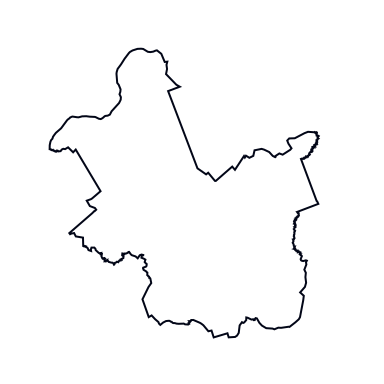 outline of Pampāļu pag., Saldus, Latvia, rotated 81°
{"feature_id": "27541924B77529018431464", "entity_name": "Pampāļu pag.", "entity_type": "district", "adm_level": 2, "iso_a3": "LVA", "parent_name": "Latvia", "parent_adm1": "Saldus", "projection": "mercator", "projection_center": [22.17, 56.561], "detail": "fine", "context": "isolated", "style": "outline", "palette": "ink", "viewbox_px": 384, "rotation_deg": 81, "n_neighbors": 0, "source": "geoboundaries", "source_scale": "gbopen_adm2", "svg_char_len": 5914}
<svg xmlns="http://www.w3.org/2000/svg" viewBox="0 0 384 384"><g transform="rotate(81 192 192)"><path d="M308.8,254.3L307.6,251.2L311.9,248.3L315.2,245.5L316.8,245.2L318.3,244.1L316.4,240.9L315.4,237.8L315.6,234.8L315.9,234.1L316.8,233.2L317.0,232.4L318.1,231.7L318.5,231.0L318.8,229.5L319.6,227.8L320.1,225.8L320.7,220.7L321.6,219.6L322.3,216.5L321.8,215.4L320.9,215.9L320.2,214.6L319.1,215.1L319.3,213.4L318.3,212.8L318.6,210.7L322.4,204.7L323.5,203.4L325.4,201.6L332.1,197.6L331.9,194.4L339.0,193.3L337.1,179.1L341.3,178.5L341.9,172.1L341.7,171.7L340.9,170.0L338.5,167.9L331.2,165.8L328.4,163.0L329.3,162.0L329.3,161.5L328.8,160.6L327.0,158.5L324.4,158.0L324.9,156.7L327.0,153.7L327.4,152.8L327.2,151.6L327.4,151.1L328.2,151.0L328.3,150.1L327.0,149.5L326.5,148.9L327.0,147.7L331.8,145.9L334.9,143.8L338.1,140.0L339.5,133.8L340.5,132.1L339.5,128.0L340.1,125.2L340.2,117.6L340.5,116.8L336.9,110.3L334.4,106.4L332.5,104.9L316.4,99.1L312.0,97.8L308.1,100.9L303.4,95.3L299.5,93.5L293.8,93.3L289.6,92.2L286.3,93.2L281.5,90.4L279.3,90.4L277.8,89.3L277.3,90.2L277.6,93.0L276.9,94.6L276.4,95.0L275.3,95.2L272.5,93.5L271.4,94.1L271.4,94.5L270.3,95.4L269.9,95.1L270.0,94.7L269.4,94.7L269.3,94.3L268.7,94.9L268.4,94.7L268.3,95.0L268.5,95.2L268.4,95.5L267.6,95.7L267.9,96.7L267.2,96.5L266.7,97.1L266.4,96.9L266.2,97.7L266.6,98.2L265.7,98.6L265.7,98.9L265.2,99.3L264.6,99.3L264.3,99.9L264.2,99.4L263.5,99.8L263.1,99.4L263.2,99.2L262.6,99.4L262.0,99.0L262.0,99.6L261.5,99.5L261.0,99.9L259.6,99.8L257.9,100.5L256.9,99.6L256.0,99.7L255.2,99.1L254.6,99.5L254.5,98.7L253.9,98.2L253.7,98.5L252.7,98.0L251.5,98.4L251.1,98.0L250.2,98.0L249.6,97.4L247.7,97.3L247.5,96.9L246.5,96.3L246.1,96.8L245.5,96.7L244.6,97.2L244.4,96.8L243.3,96.4L243.1,95.8L242.6,96.2L242.5,95.5L242.1,95.5L242.3,95.2L241.5,94.9L241.0,95.2L240.3,94.8L239.5,95.1L239.6,95.7L239.3,96.2L238.4,95.3L238.0,95.6L237.8,95.4L237.4,95.6L236.9,94.9L236.6,95.6L236.3,95.4L236.2,94.5L235.4,94.6L235.5,93.7L234.8,93.8L235.0,93.4L235.3,93.5L235.2,93.2L234.5,93.1L233.8,92.5L233.5,93.0L233.3,92.8L233.4,92.5L233.0,92.1L233.4,91.7L233.1,91.2L232.6,91.3L232.6,91.0L232.1,90.8L232.0,90.1L230.6,90.1L229.9,90.5L229.6,90.1L228.9,90.9L228.6,90.6L228.1,91.1L223.5,69.1L220.9,69.8L220.4,70.3L176.4,79.2L176.3,78.7L176.9,78.7L176.1,76.5L176.7,76.4L176.7,75.8L176.3,75.4L176.0,75.9L175.6,75.8L175.5,74.9L175.7,74.6L175.2,74.2L175.5,73.7L174.8,73.6L175.1,73.1L174.9,72.8L175.4,72.1L175.0,71.8L174.5,72.3L174.3,72.0L174.4,71.5L173.6,70.6L173.8,70.2L173.5,69.8L172.7,70.4L172.0,70.1L170.0,67.6L170.2,67.4L171.2,67.9L171.0,67.0L170.5,66.6L169.9,66.6L168.9,67.6L168.5,67.4L168.3,66.1L167.7,65.4L166.8,65.7L167.0,66.2L166.3,66.1L166.2,64.7L166.8,64.0L166.1,63.9L166.3,63.2L164.9,63.5L165.2,64.0L164.7,64.0L164.5,63.4L164.6,61.9L163.8,62.0L164.0,61.0L162.9,61.1L162.6,61.4L162.8,61.7L162.2,61.5L162.1,60.5L161.3,60.5L160.9,60.9L160.3,61.0L160.0,60.0L159.6,60.0L159.1,58.9L158.6,59.5L158.0,59.5L156.6,58.1L156.1,58.7L156.6,59.3L155.9,59.6L155.8,60.1L154.0,60.2L153.9,59.6L152.8,59.3L152.3,59.9L152.5,60.5L152.1,61.2L152.6,61.4L152.1,62.0L150.7,68.0L151.5,71.7L155.0,82.1L154.3,87.6L156.1,89.9L159.3,89.2L164.4,86.9L165.7,88.4L169.3,96.6L167.6,99.7L169.5,103.9L170.3,103.9L170.6,104.4L169.0,106.6L164.6,109.5L161.4,114.2L160.3,116.5L160.6,123.7L165.9,125.8L167.2,130.0L164.6,133.0L166.2,134.4L164.6,135.0L176.8,146.1L173.2,148.3L184.8,166.8L184.6,167.6L175.5,173.0L176.8,175.3L169.5,182.9L88.6,199.8L86.1,187.6L83.6,190.7L71.5,199.2L66.6,197.4L62.4,197.3L59.4,196.0L59.3,198.6L50.7,200.7L46.6,204.5L46.7,206.0L47.3,208.3L47.3,211.3L46.6,213.7L43.1,217.8L42.5,219.9L42.1,223.5L42.9,228.6L44.0,231.4L44.8,232.5L49.8,237.7L54.9,242.2L58.8,246.2L61.7,247.6L63.4,248.1L72.5,248.8L74.7,247.6L79.4,246.5L81.8,247.1L84.1,248.3L87.2,247.4L89.7,248.0L92.7,250.1L99.7,258.8L102.7,261.0L103.4,263.3L103.3,265.3L103.5,266.4L104.7,268.2L105.4,269.7L105.7,270.7L105.1,272.5L102.9,275.6L102.6,276.4L101.6,281.2L100.6,284.6L100.1,288.7L100.5,292.3L100.2,293.8L98.8,298.2L98.9,299.1L99.5,301.0L100.0,301.4L101.0,303.4L101.8,304.4L108.6,311.3L112.3,317.2L114.4,319.4L115.8,320.7L117.5,321.5L118.8,323.1L120.3,324.0L123.5,325.2L127.4,325.9L127.6,325.1L128.0,325.0L128.0,324.5L128.7,324.1L128.8,323.7L128.6,322.8L129.4,322.6L129.7,322.1L129.5,321.8L130.5,321.0L130.7,320.6L130.4,320.2L130.8,319.9L130.5,319.6L130.6,319.4L130.4,318.7L130.0,318.6L130.3,318.0L131.0,317.8L131.1,315.4L129.7,314.0L129.2,312.4L129.8,310.6L128.5,307.4L134.2,303.2L131.9,300.2L176.9,282.2L182.8,291.8L183.3,293.0L184.1,297.3L189.9,295.1L192.6,290.4L194.5,289.4L195.7,291.2L195.6,291.5L197.3,293.8L213.4,319.6L214.6,319.0L214.2,317.7L214.1,314.9L217.7,313.7L220.0,306.8L228.4,307.9L228.9,307.1L228.5,306.3L229.2,305.1L229.7,305.4L230.9,303.9L233.2,303.3L234.5,300.9L233.0,300.9L231.2,300.0L231.6,297.2L232.9,296.3L234.3,296.2L237.5,293.7L238.0,293.0L238.0,291.7L238.7,292.3L239.0,292.2L238.4,291.0L238.8,290.6L241.4,291.5L243.6,290.9L244.0,290.5L243.5,289.6L243.5,288.8L244.3,288.2L244.9,289.2L245.8,289.0L246.7,289.2L246.6,288.6L247.1,288.0L246.1,287.0L245.9,286.3L246.7,286.6L247.1,285.6L248.0,285.2L249.2,282.6L249.4,281.5L249.9,281.0L251.6,280.4L251.4,280.0L249.9,279.2L249.8,278.2L249.1,277.0L249.8,275.8L248.4,274.6L248.5,273.3L247.5,273.3L247.4,272.9L247.9,272.0L247.0,271.8L246.6,270.2L245.0,269.7L243.6,270.9L241.8,270.4L242.0,269.8L243.0,269.9L243.3,269.5L243.1,268.6L242.2,267.9L242.5,266.9L242.2,265.6L241.8,265.1L241.9,264.7L241.3,264.0L241.3,263.5L244.1,262.1L245.0,261.3L246.8,257.8L249.0,256.0L246.3,253.5L245.9,251.7L246.6,250.0L246.9,250.1L247.0,251.5L249.0,252.2L250.2,250.2L251.5,248.6L253.8,249.7L255.2,248.8L255.8,248.1L256.5,248.1L257.9,248.5L258.5,249.1L259.1,252.1L259.6,252.3L261.3,252.0L263.4,249.5L264.1,249.3L264.6,248.7L267.1,249.2L267.7,248.6L268.4,248.4L268.8,247.7L270.1,247.6L270.0,247.2L270.9,246.7L275.6,246.5L279.0,249.8L290.2,257.7L308.8,254.3Z" fill="none" stroke="#020617" stroke-width="2"/></g></svg>